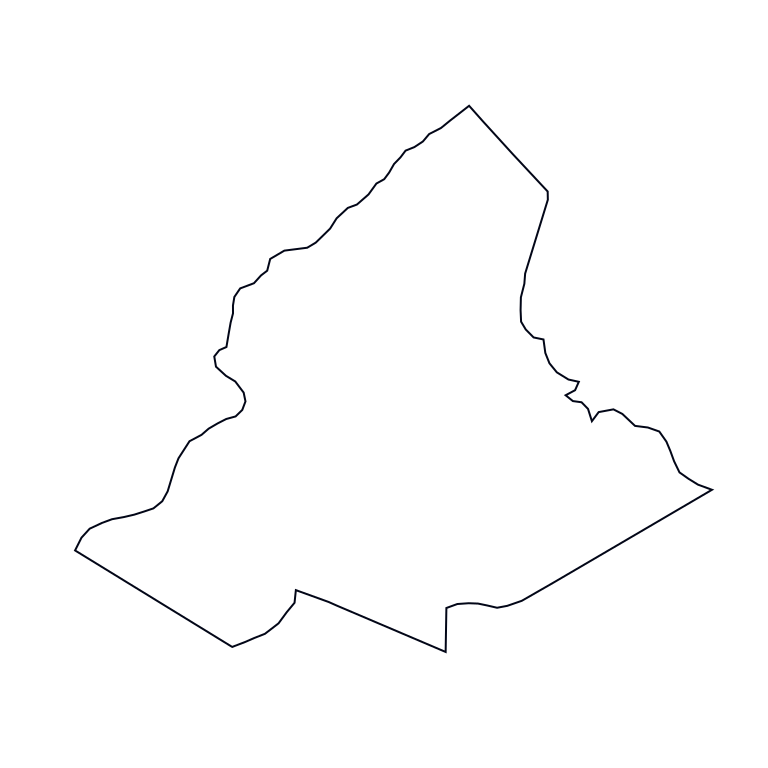 outline of São João do Jaguaribe, Ceará, Brazil, rotated 356°
{"feature_id": "56859067B82663693461417", "entity_name": "São João do Jaguaribe", "entity_type": "district", "adm_level": 2, "iso_a3": "BRA", "parent_name": "Brazil", "parent_adm1": "Ceará", "projection": "orthographic", "projection_center": [-38.275, -5.311], "detail": "fine", "context": "isolated", "style": "outline", "palette": "ink", "viewbox_px": 768, "rotation_deg": 356, "n_neighbors": 0, "source": "geoboundaries", "source_scale": "gbopen_adm2", "svg_char_len": 1578}
<svg xmlns="http://www.w3.org/2000/svg" viewBox="0 0 768 768"><g transform="rotate(356 384 384)"><path d="M703.8,512.4L690.2,506.3L681.3,499.9L672.6,492.8L668.0,481.3L665.0,470.9L661.7,461.2L655.3,450.6L644.2,445.8L631.5,443.3L619.7,430.5L611.1,425.3L596.2,427.0L588.8,435.6L585.8,423.1L579.8,416.0L571.2,414.2L564.4,407.9L574.2,403.5L578.5,395.4L568.3,392.4L557.2,384.4L550.5,374.9L547.1,364.3L546.2,350.7L536.5,348.0L529.2,339.5L525.1,331.4L525.4,319.9L526.6,307.1L531.0,293.8L532.5,283.7L560.3,211.6L560.7,203.4L528.7,163.9L501.1,129.0L488.3,112.4L468.8,125.5L458.7,132.6L446.5,137.8L439.7,144.8L430.8,149.8L421.8,152.7L416.2,159.1L409.4,165.2L403.9,173.4L398.5,179.7L390.4,183.5L381.8,193.8L369.5,203.1L360.2,205.8L348.3,215.4L341.1,225.2L332.9,232.2L325.8,238.2L316.9,242.7L293.9,244.0L279.2,251.3L275.4,262.8L268.9,267.1L261.3,274.4L247.2,278.6L240.8,286.7L238.8,295.2L238.3,303.0L235.3,312.0L232.7,322.4L229.4,336.1L222.1,338.7L216.6,344.7L217.6,355.0L226.9,364.8L235.8,371.1L243.4,382.8L244.6,391.7L240.8,400.0L233.7,406.0L224.2,407.9L215.3,411.7L206.0,416.3L198.4,422.0L186.0,427.5L173.8,443.8L169.6,452.7L165.7,462.9L160.7,476.0L154.6,485.5L145.3,492.0L136.1,494.4L125.8,496.9L115.2,498.6L103.3,499.9L93.0,502.9L80.3,507.8L71.5,516.2L64.2,528.5L214.2,635.7L227.4,631.7L236.7,628.4L247.8,624.9L262.1,615.4L271.1,604.8L279.5,596.0L281.7,583.5L313.6,597.6L321.5,601.8L426.8,655.6L430.6,611.8L441.8,608.6L453.2,608.6L462.5,609.6L471.4,612.1L481.2,615.1L491.5,613.9L506.3,609.9L538.9,594.1L654.8,536.7L703.8,512.4Z" fill="none" stroke="#020617" stroke-width="2"/></g></svg>